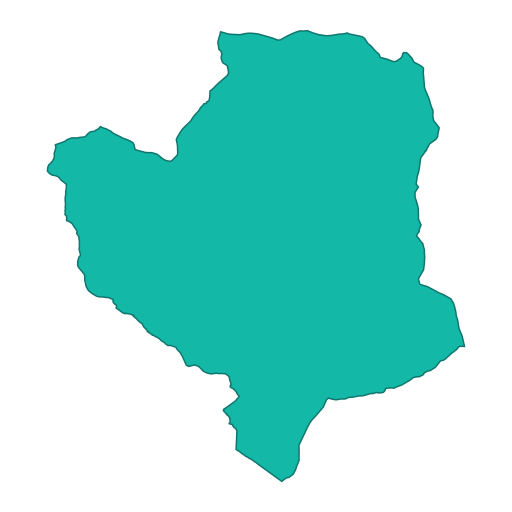 the district of Cincu, Brasov, Romania
{"feature_id": "2599482B10737296571764", "entity_name": "Cincu", "entity_type": "district", "adm_level": 2, "iso_a3": "ROU", "parent_name": "Romania", "parent_adm1": "Brasov", "projection": "natural_earth1", "projection_center": [24.767, 45.905], "detail": "fine", "context": "isolated", "style": "filled", "palette": "teal", "viewbox_px": 512, "rotation_deg": 0, "n_neighbors": 0, "source": "geoboundaries", "source_scale": "gbopen_adm2", "svg_char_len": 5959}
<svg xmlns="http://www.w3.org/2000/svg" viewBox="0 0 512 512"><path d="M281.7,481.3L282.1,481.2L284.3,479.3L286.5,477.9L289.1,477.3L292.9,474.4L293.5,473.6L295.6,469.6L296.6,466.5L299.0,460.5L299.1,451.0L298.9,445.3L307.7,426.8L310.1,422.4L311.9,420.0L316.6,414.9L323.2,407.2L326.7,399.4L328.3,398.4L328.9,398.2L332.2,399.2L335.4,399.7L336.9,399.7L340.6,399.0L344.5,399.0L346.3,398.6L348.3,397.5L353.2,397.1L359.1,395.9L361.9,395.9L364.8,395.3L371.1,393.4L372.0,393.7L374.1,393.3L376.2,392.5L379.0,393.0L383.0,392.5L383.7,392.0L384.9,390.7L385.4,388.6L387.8,388.1L390.9,387.9L394.3,388.1L395.7,387.2L401.7,385.0L409.8,380.3L413.4,377.5L417.0,376.8L419.3,376.7L422.6,375.1L423.7,374.2L424.2,372.8L427.6,371.1L430.4,370.5L435.0,367.5L435.8,366.8L440.4,360.9L443.2,360.3L445.1,359.2L451.8,353.1L456.5,349.6L458.9,346.7L459.5,346.4L460.8,346.3L464.5,346.4L462.2,336.3L459.0,328.5L457.6,319.9L456.3,315.9L455.7,311.2L454.6,306.8L453.5,303.2L450.9,298.9L443.2,294.5L438.9,292.8L428.0,286.9L419.7,284.2L419.0,280.9L418.5,279.6L418.7,278.3L423.6,269.7L424.4,262.9L424.7,256.2L424.4,253.3L424.4,250.0L422.7,243.4L421.3,242.1L418.2,237.7L416.5,236.2L417.4,234.0L419.2,231.5L419.0,230.5L421.0,224.9L418.4,219.0L418.5,216.5L418.2,208.0L417.1,203.5L415.1,197.3L415.0,192.4L418.4,187.0L416.2,184.2L416.3,181.9L416.6,181.2L417.3,176.0L418.5,172.6L419.4,167.6L420.7,157.8L424.9,152.1L424.9,151.8L425.2,151.1L425.7,151.1L425.8,150.3L426.4,150.3L427.1,148.2L427.9,147.3L429.5,143.9L436.1,139.2L437.5,136.9L438.1,132.9L439.2,127.9L436.2,123.8L434.1,121.3L433.5,120.0L432.8,116.0L433.0,111.9L432.8,110.0L431.5,107.2L428.9,98.4L424.6,88.2L423.3,72.9L423.5,68.3L422.1,66.7L419.8,65.2L414.3,62.3L413.6,61.6L412.2,58.5L411.6,57.8L408.4,54.3L406.9,52.9L403.9,52.5L403.3,52.9L402.9,53.5L402.3,55.6L401.8,56.7L400.6,58.4L395.9,61.4L393.4,61.6L386.8,59.1L382.6,58.0L381.3,57.8L380.5,57.5L380.0,56.7L379.0,54.1L376.0,51.6L371.4,46.4L368.1,43.7L364.6,38.4L361.8,36.6L348.6,33.8L347.1,32.9L345.0,33.6L342.4,34.0L339.4,34.1L331.6,35.4L326.3,35.8L318.0,34.5L312.4,32.7L307.4,30.7L302.7,31.1L300.6,30.8L296.3,32.0L292.8,33.4L286.7,36.3L280.3,39.9L277.6,40.1L272.6,38.1L269.1,37.1L258.7,34.1L256.1,33.7L251.1,33.2L248.5,33.2L244.4,33.7L240.1,34.7L232.4,34.4L228.3,34.0L220.7,31.8L220.4,32.1L220.2,34.0L218.9,38.0L217.9,42.0L218.0,43.7L218.5,45.8L218.8,49.0L219.0,49.4L221.0,51.2L221.4,52.3L221.8,54.9L221.2,56.6L221.2,58.3L221.9,60.4L222.1,61.5L223.4,63.3L224.7,63.9L227.0,65.5L227.3,66.0L228.4,70.9L228.5,73.3L227.0,75.8L219.7,82.1L215.7,85.8L213.9,87.8L212.3,89.1L211.2,90.3L210.1,90.7L209.7,97.1L209.1,100.4L208.8,100.9L207.1,101.6L206.3,103.3L204.7,103.6L203.6,104.1L202.8,105.4L200.4,107.8L198.9,110.7L198.0,111.5L194.2,115.7L191.6,119.4L191.3,120.3L182.6,128.9L179.8,132.9L179.1,134.4L177.5,136.8L176.3,139.5L177.2,143.9L177.5,146.4L177.7,153.8L177.0,155.4L171.8,160.7L170.8,161.2L169.5,161.2L166.9,160.8L165.0,160.1L162.3,158.5L157.3,154.3L152.4,152.8L150.6,152.6L148.1,152.7L146.3,152.4L144.9,152.5L143.9,152.0L137.5,150.4L135.9,149.8L134.8,149.0L134.7,147.8L134.0,144.6L133.2,143.1L132.6,142.5L130.0,140.9L124.1,138.5L122.7,138.2L120.7,136.9L115.3,134.4L112.7,132.9L110.9,131.2L107.8,129.8L106.3,128.9L102.1,127.6L100.6,126.6L99.6,127.2L99.0,128.6L96.0,130.0L94.4,131.3L91.2,131.6L89.6,132.3L88.0,133.6L85.9,136.0L84.7,136.9L79.6,137.4L77.3,138.0L72.8,137.9L71.2,138.1L67.2,139.6L65.5,141.0L63.9,141.7L60.0,143.2L55.6,144.6L55.3,145.0L55.8,146.8L55.8,148.0L54.1,153.7L54.4,155.5L54.0,158.3L52.3,161.3L50.6,163.2L48.8,164.9L48.1,166.3L47.5,169.4L47.5,171.3L50.0,173.9L52.4,175.2L54.6,175.5L57.9,176.5L59.0,177.5L60.8,179.9L66.3,184.2L66.4,187.6L65.7,191.6L65.7,194.5L65.1,198.5L65.5,205.1L65.2,206.9L65.4,208.8L65.1,209.9L65.2,212.6L65.0,214.6L66.4,215.8L66.6,217.2L66.6,217.8L66.9,218.4L66.4,219.7L66.8,220.8L68.4,221.2L69.4,221.8L70.0,222.0L72.7,224.2L73.0,225.0L76.9,230.8L77.0,232.4L76.7,232.9L76.7,233.5L78.8,236.6L79.4,241.8L79.4,246.7L79.1,249.3L79.9,252.4L80.4,254.6L80.3,255.3L80.1,256.0L79.0,257.0L78.0,260.2L77.7,261.7L77.7,265.6L78.4,267.2L84.1,274.1L84.6,275.6L84.7,276.9L84.7,279.7L86.2,286.6L87.8,289.6L88.7,290.8L92.3,293.7L96.6,296.2L98.8,296.8L103.1,297.0L107.1,297.6L108.6,297.5L110.4,298.5L113.1,299.4L113.0,301.0L113.3,302.5L114.5,303.9L114.9,304.2L115.4,304.3L115.9,304.8L116.4,305.6L116.7,306.2L116.2,307.4L116.2,307.9L116.5,308.4L117.2,308.9L118.4,309.6L122.4,312.6L125.0,313.7L125.3,313.7L125.4,313.4L125.9,313.4L129.5,313.9L131.7,314.6L132.3,315.1L132.8,314.9L133.6,315.2L133.4,316.0L133.5,316.3L133.9,316.0L134.2,316.7L135.3,317.8L136.6,318.7L137.6,320.1L139.9,322.2L142.2,323.8L143.6,326.6L144.3,327.5L145.7,328.8L147.3,330.7L147.4,331.7L148.4,331.7L148.7,332.4L150.7,333.8L151.8,334.1L152.0,334.9L152.3,335.2L153.4,335.3L155.3,336.5L158.4,338.0L159.3,338.6L160.6,340.1L161.5,340.9L164.2,342.4L165.6,343.9L167.7,345.4L168.3,345.6L169.9,345.4L171.9,345.8L173.2,346.4L175.7,347.1L177.5,349.9L180.5,352.9L181.0,354.1L182.2,356.0L186.2,364.9L186.8,365.4L188.6,366.4L189.2,366.3L194.8,364.9L198.7,366.5L200.5,368.2L203.1,371.0L205.6,372.4L207.2,373.0L210.4,373.8L211.8,373.9L215.4,373.3L217.2,373.2L218.4,373.6L220.8,373.5L224.1,373.7L225.8,374.0L229.0,376.5L230.0,381.0L230.9,382.9L230.9,384.8L230.7,384.7L230.2,386.2L230.3,387.1L232.0,388.1L232.9,388.4L233.9,389.5L234.5,389.8L236.4,392.1L236.9,393.3L237.8,394.8L238.9,395.7L239.3,396.4L235.2,401.1L226.9,407.2L223.7,409.3L223.4,410.1L223.9,410.4L223.7,410.9L223.7,411.1L224.8,412.1L226.5,414.2L227.2,414.3L227.3,414.5L227.1,415.0L228.0,415.6L229.9,418.0L229.7,419.1L230.0,420.1L230.1,422.2L229.9,422.8L229.2,423.2L229.2,423.6L229.9,423.6L230.2,424.1L230.8,424.3L232.4,424.4L232.9,426.0L233.9,426.7L233.8,427.2L234.2,427.6L235.5,428.3L236.6,430.2L236.9,431.3L236.1,449.6L239.9,451.8L242.0,453.7L242.9,454.0L243.3,454.6L244.2,455.0L245.8,456.4L247.3,457.0L250.3,459.0L251.4,459.1L252.3,460.1L253.7,460.8L254.2,461.6L255.0,461.8L259.4,465.2L281.7,481.3Z" fill="#14b8a6" stroke="#0f766e" stroke-width="1.5"/></svg>